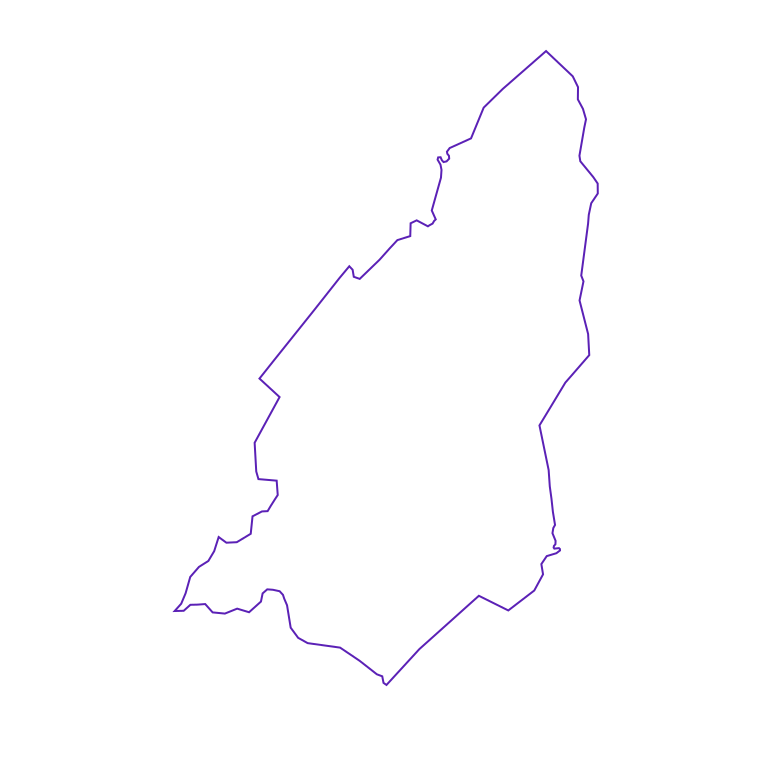 Bandiagara, Mopti, Mali, rotated 169°
{"feature_id": "8926073B93084007572424", "entity_name": "Bandiagara", "entity_type": "district", "adm_level": 2, "iso_a3": "MLI", "parent_name": "Mali", "parent_adm1": "Mopti", "projection": "natural_earth1", "projection_center": [-3.556, 14.444], "detail": "fine", "context": "isolated", "style": "outline", "palette": "violet", "viewbox_px": 768, "rotation_deg": 169, "n_neighbors": 0, "source": "geoboundaries", "source_scale": "gbopen_adm2", "svg_char_len": 1747}
<svg xmlns="http://www.w3.org/2000/svg" viewBox="0 0 768 768"><g transform="rotate(169 384 384)"><path d="M632.8,201.1L623.9,199.6L616.2,204.2L609.1,203.0L601.5,202.1L595.8,192.5L584.0,189.0L571.0,191.5L560.0,185.7L546.3,193.9L543.1,201.6L537.8,204.7L532.3,203.2L526.0,200.5L523.4,196.3L522.9,192.3L521.4,185.3L522.1,162.6L516.7,151.2L508.4,144.2L477.4,133.6L460.8,117.0L446.4,100.4L441.5,97.4L441.5,90.7L439.0,88.1L399.9,117.0L331.3,158.0L305.2,138.0L275.9,152.6L264.2,166.8L263.9,177.2L257.1,184.0L247.1,185.0L243.0,187.0L242.8,188.4L243.6,189.5L248.2,189.9L248.7,191.0L248.1,192.6L246.3,194.0L245.5,197.3L247.1,205.4L245.3,210.3L243.0,213.0L242.6,226.3L241.5,239.4L240.8,251.8L238.8,268.1L239.3,313.7L226.4,327.9L205.7,350.8L199.5,355.6L177.0,373.2L174.1,394.1L176.1,428.7L168.6,446.7L169.7,452.8L153.1,502.4L150.7,511.0L146.1,521.9L137.8,530.2L136.0,540.0L139.1,547.2L148.8,565.2L148.6,570.8L138.5,597.4L135.2,605.3L136.2,616.1L139.4,626.4L136.9,638.4L140.0,650.0L161.4,679.9L211.1,651.0L233.4,636.3L251.7,608.5L274.5,603.1L277.9,600.0L277.9,597.9L276.7,595.6L277.0,592.8L280.1,590.6L283.2,590.5L284.5,592.6L285.2,595.8L287.6,596.1L288.6,594.0L286.7,588.6L286.7,583.2L288.7,575.7L304.0,545.2L301.8,535.7L303.7,534.5L305.7,532.2L309.2,531.1L310.8,530.4L320.7,538.4L327.2,536.7L330.0,524.2L343.4,522.7L352.2,516.3L364.7,506.8L387.8,491.8L393.2,495.0L393.0,502.1L395.6,506.2L407.5,496.5L439.6,468.9L487.3,428.4L505.2,413.1L489.0,391.1L522.2,351.0L526.1,322.5L525.4,314.6L507.8,309.6L509.5,295.3L513.0,291.7L518.3,286.1L522.5,281.4L528.1,282.2L538.3,279.2L543.4,262.4L558.7,256.8L569.0,258.3L575.5,265.3L582.6,252.3L590.2,243.8L600.5,239.8L611.0,231.6L618.7,216.4L625.0,207.0L632.8,201.1Z" fill="none" stroke="#5b21b6" stroke-width="2"/></g></svg>